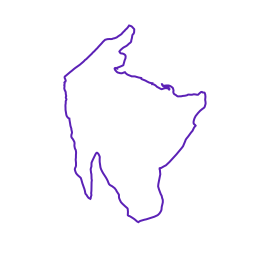 Poplaca, Sibiu, Romania (Natural Earth projection), rotated 313°
{"feature_id": "2599482B54964729595352", "entity_name": "Poplaca", "entity_type": "district", "adm_level": 2, "iso_a3": "ROU", "parent_name": "Romania", "parent_adm1": "Sibiu", "projection": "natural_earth1", "projection_center": [23.913, 45.648], "detail": "fine", "context": "isolated", "style": "outline", "palette": "violet", "viewbox_px": 256, "rotation_deg": 313, "n_neighbors": 0, "source": "geoboundaries", "source_scale": "gbopen_adm2", "svg_char_len": 5737}
<svg xmlns="http://www.w3.org/2000/svg" viewBox="0 0 256 256"><g transform="rotate(313 128 128)"><path d="M66.2,199.8L67.3,200.0L68.3,200.3L72.2,202.6L73.6,203.6L77.7,205.9L81.1,207.8L84.1,209.0L84.8,209.2L87.0,209.3L89.2,208.9L90.3,208.6L91.5,207.9L92.6,207.0L93.6,206.3L95.4,205.3L97.3,204.2L98.3,203.3L99.2,202.4L100.1,200.7L101.4,198.8L102.0,197.0L104.2,192.6L105.8,189.9L107.6,188.5L109.5,187.3L116.3,183.1L116.5,182.8L119.1,179.9L119.4,179.2L120.1,178.6L120.7,178.8L120.9,179.2L121.4,179.5L124.1,180.3L126.6,181.2L131.4,181.5L141.8,181.4L150.3,180.9L152.2,180.7L157.4,178.8L158.5,178.3L159.9,178.0L162.8,177.8L167.7,177.2L170.0,177.1L173.1,176.1L174.6,175.9L175.8,175.9L175.9,175.6L176.0,174.8L175.9,173.7L176.1,173.0L176.5,172.4L177.7,171.4L179.2,170.6L180.5,170.0L182.9,169.3L186.8,169.0L189.8,169.0L191.3,169.2L192.7,169.4L194.1,169.7L195.0,169.8L195.9,169.6L198.3,168.4L199.0,167.9L200.1,166.7L201.0,165.5L201.7,164.8L202.3,164.4L203.7,163.3L205.1,161.7L205.8,160.5L206.0,159.9L205.9,159.6L205.6,159.2L205.3,158.9L205.0,158.5L204.8,158.1L204.8,157.5L204.6,157.3L204.1,156.9L202.7,156.7L201.7,156.6L200.8,156.6L200.3,156.6L199.9,156.3L199.4,155.8L198.9,155.0L198.1,153.8L197.5,153.1L196.1,152.2L195.0,151.1L194.5,150.4L193.6,149.4L193.2,149.1L192.8,149.0L192.2,148.8L191.7,148.5L190.4,147.6L188.7,146.1L187.6,145.4L186.6,144.4L185.5,143.3L185.0,142.7L184.8,141.6L184.7,140.3L184.3,138.7L184.5,137.9L184.8,137.1L185.4,136.4L186.2,136.0L187.2,134.7L187.9,133.2L187.6,130.6L187.0,129.1L186.6,128.5L185.3,127.1L184.4,126.3L183.5,125.6L183.3,125.2L183.0,124.6L182.9,124.0L183.3,123.3L183.3,123.1L183.2,123.0L182.9,123.4L182.7,124.0L182.6,124.9L182.7,125.4L183.0,126.0L184.8,128.3L185.2,129.6L185.2,130.2L185.0,131.3L184.7,131.8L184.2,131.9L184.1,131.7L184.2,131.3L184.3,131.0L184.2,130.4L183.9,129.7L182.9,128.4L182.2,127.8L181.1,127.1L179.4,126.2L179.1,125.7L178.8,124.6L178.6,124.0L178.4,123.0L177.9,121.3L177.9,120.6L177.9,119.1L177.6,117.5L177.2,116.8L177.0,116.2L176.6,115.8L177.4,115.3L176.7,114.4L175.7,112.6L174.9,109.9L174.7,108.9L174.3,107.7L173.1,104.7L173.1,104.1L173.6,103.6L172.2,101.4L170.4,97.8L169.9,97.3L169.0,96.2L168.4,95.7L166.9,91.8L166.6,90.7L166.5,88.2L166.7,87.7L166.3,87.4L164.6,86.6L164.2,86.4L163.8,86.1L162.8,85.0L162.1,83.6L161.7,83.0L161.4,81.7L161.6,79.3L161.8,78.7L162.1,78.0L162.3,77.7L162.5,77.6L162.8,77.6L163.0,77.6L163.4,77.9L163.7,78.9L164.1,79.6L164.7,79.0L167.5,80.4L170.3,81.6L170.8,81.7L175.2,79.4L177.3,78.6L178.8,77.4L179.0,77.1L179.3,76.6L179.4,76.3L179.4,75.8L179.4,75.1L179.0,73.8L178.8,73.3L178.0,72.3L177.7,71.8L177.6,71.3L177.9,69.9L178.1,69.5L179.4,69.4L180.6,69.4L183.2,69.7L184.7,70.1L185.5,70.4L187.0,70.9L188.4,71.1L190.3,71.2L191.4,71.4L191.9,71.5L192.5,71.5L193.3,71.4L194.4,70.6L196.3,69.6L197.5,68.8L198.2,68.3L199.1,67.8L199.9,67.7L200.7,67.8L201.5,67.5L202.3,67.1L203.2,66.3L204.2,65.5L204.5,65.1L204.6,64.4L204.7,62.8L204.8,61.8L204.7,61.3L204.6,60.8L204.5,60.5L203.8,59.1L203.7,58.9L201.7,59.2L200.1,59.3L197.9,59.1L197.1,59.2L196.4,59.2L195.6,59.1L194.6,59.1L194.1,59.1L193.0,59.1L192.4,59.2L191.3,59.0L188.0,58.2L186.6,58.0L185.4,57.4L184.2,56.8L183.5,56.2L182.2,55.6L181.5,55.0L180.2,53.5L179.5,52.9L179.0,52.4L178.2,51.9L176.9,51.1L174.0,50.9L172.1,51.0L167.3,51.0L165.2,51.1L164.0,51.0L161.0,51.0L159.1,50.8L157.8,50.9L156.2,50.8L154.5,50.7L149.8,50.5L148.6,50.2L146.4,50.2L141.2,49.6L136.0,48.5L134.1,48.2L131.5,47.9L129.7,47.6L123.8,46.9L123.2,46.8L122.6,46.7L122.2,46.8L121.8,47.1L121.4,47.6L121.1,48.4L120.2,50.1L119.7,50.4L119.2,50.6L118.8,50.4L118.2,50.4L117.8,50.5L117.4,51.2L117.1,51.6L116.8,51.7L116.1,52.0L115.7,52.3L115.6,52.8L115.2,53.1L113.5,54.4L113.1,55.0L112.3,56.4L112.2,57.2L111.8,57.8L111.1,58.7L110.6,59.1L109.8,60.2L109.4,60.8L109.1,61.1L108.3,61.4L107.7,61.9L107.1,63.3L106.7,63.6L105.2,64.1L104.0,65.2L103.3,65.8L102.9,66.1L102.2,66.5L101.1,67.6L100.8,67.8L100.3,68.4L98.9,69.7L98.2,70.5L97.6,71.3L96.2,73.1L95.5,74.0L94.9,75.2L94.6,76.6L94.6,77.6L94.7,78.0L94.7,78.4L94.9,78.7L94.0,79.7L91.8,82.6L91.0,83.6L90.3,84.5L88.9,87.0L88.1,87.8L88.0,88.1L86.8,89.8L86.3,90.3L85.2,90.9L84.5,91.2L84.3,91.3L83.4,92.1L83.0,92.5L82.6,93.2L82.5,93.5L82.4,94.6L82.0,96.1L81.5,97.5L81.3,98.1L80.9,98.7L80.5,99.2L79.8,99.8L78.9,100.5L78.2,101.2L77.8,101.8L77.1,102.7L76.6,103.7L76.3,104.7L75.8,105.4L74.9,106.5L73.8,107.5L72.9,108.2L70.7,110.2L69.7,110.9L69.1,111.4L67.0,113.8L65.9,114.8L65.2,115.5L64.6,115.9L63.8,116.3L62.5,116.7L61.9,117.0L61.4,117.4L60.9,118.2L60.4,119.0L59.6,120.7L59.3,122.1L59.2,124.0L59.3,126.4L59.3,127.4L59.2,127.6L58.6,128.8L56.3,132.6L55.6,134.0L54.3,136.4L54.0,137.1L52.8,139.1L51.1,141.4L50.9,141.9L50.7,143.7L50.4,144.5L50.2,145.4L50.0,146.8L50.1,147.4L50.5,148.8L51.0,148.7L51.9,148.1L52.7,147.6L53.7,147.2L54.4,146.5L55.2,145.5L55.9,145.0L57.2,144.0L61.2,140.4L63.3,138.5L64.1,137.9L65.2,137.1L65.9,136.1L69.3,132.7L70.0,131.6L71.7,129.6L72.3,128.9L73.1,128.4L74.7,127.6L75.2,127.3L75.7,126.8L76.8,125.8L77.8,125.0L78.6,124.7L80.9,123.9L86.4,122.2L87.8,121.9L88.7,122.1L88.9,122.5L88.9,123.5L88.8,124.2L88.5,125.1L88.2,125.8L88.0,126.3L87.7,126.9L87.1,127.5L86.5,128.0L85.9,128.5L83.9,130.4L82.3,132.4L80.5,134.6L79.7,136.0L79.2,137.1L78.6,138.7L78.0,140.5L77.5,142.5L76.9,144.9L76.4,146.7L75.9,148.1L75.5,149.2L74.9,150.4L74.5,151.3L74.2,151.9L74.0,152.7L74.0,153.2L74.0,153.8L74.6,156.2L74.9,159.3L74.4,162.0L73.9,163.0L73.8,163.8L73.5,164.9L73.3,165.7L73.2,166.3L72.9,167.0L71.7,168.1L70.8,169.1L70.0,170.7L69.0,173.3L68.9,174.2L68.8,175.7L68.8,179.3L68.9,182.1L68.8,182.6L68.6,183.0L67.5,184.2L67.0,184.8L66.0,185.7L64.7,186.8L64.2,187.2L64.1,187.5L64.1,187.9L64.2,188.4L64.7,189.5L64.9,190.3L65.2,191.9L65.3,192.3L65.7,194.8L65.8,196.6L65.8,198.2L66.2,199.8Z" fill="none" stroke="#5b21b6" stroke-width="2"/></g></svg>